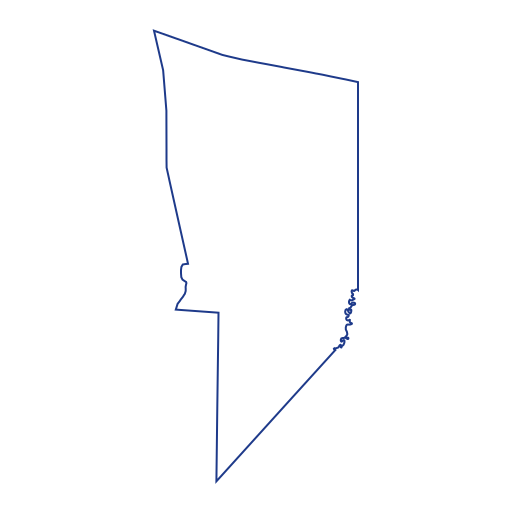 the district of Boven Digoel, Papua, Indonesia
{"feature_id": "22746128B21273779065212", "entity_name": "Boven Digoel", "entity_type": "district", "adm_level": 2, "iso_a3": "IDN", "parent_name": "Indonesia", "parent_adm1": "Papua", "projection": "equal_earth", "projection_center": [140.719, -6.154], "detail": "fine", "context": "isolated", "style": "outline", "palette": "blue", "viewbox_px": 512, "rotation_deg": 0, "n_neighbors": 0, "source": "geoboundaries", "source_scale": "gbopen_adm2", "svg_char_len": 4997}
<svg xmlns="http://www.w3.org/2000/svg" viewBox="0 0 512 512"><path d="M335.2,350.2L334.5,349.8L334.2,349.4L334.0,349.0L333.9,348.7L334.1,348.5L334.5,348.2L334.8,348.3L335.5,348.4L336.2,348.2L337.1,347.9L337.9,347.6L338.0,347.6L338.3,347.4L338.5,347.2L338.8,346.9L338.9,346.7L339.0,346.6L339.1,346.3L339.2,346.0L339.5,345.6L339.7,345.3L339.8,345.2L340.1,345.0L340.3,344.9L340.5,344.8L340.8,345.0L341.0,345.2L341.2,345.4L341.2,345.7L341.3,345.9L341.2,346.2L341.2,346.4L341.0,346.8L341.0,347.0L341.0,347.3L341.4,347.4L341.5,347.2L341.6,346.9L341.7,346.6L341.8,346.4L341.9,346.2L342.0,346.1L342.4,345.7L342.6,345.6L342.8,345.4L343.0,345.3L343.3,345.0L343.5,344.8L343.7,344.4L343.9,343.9L344.1,343.4L344.2,343.2L344.3,342.5L344.5,342.1L344.5,341.7L344.4,341.4L344.4,340.9L344.4,340.5L344.1,340.2L343.8,340.1L343.4,340.2L343.2,340.3L342.8,340.6L342.5,340.8L342.4,341.0L341.9,341.5L341.4,341.6L341.2,341.4L341.0,341.2L340.8,340.7L340.8,340.2L340.8,339.9L340.9,339.5L341.0,339.3L341.2,339.0L341.2,338.8L341.3,338.5L341.7,338.3L342.1,338.2L342.3,338.1L342.7,338.0L343.0,338.0L343.5,338.0L344.0,338.0L344.2,337.9L344.5,337.6L344.8,337.4L345.0,337.5L345.4,337.7L345.6,337.8L345.9,338.1L346.2,338.3L346.5,338.5L347.1,338.8L347.5,339.0L348.0,339.0L348.1,338.9L348.3,338.7L348.4,338.3L348.3,338.0L348.2,337.8L348.0,337.7L347.7,337.7L347.2,337.6L346.9,337.6L346.5,337.4L346.2,337.0L346.0,336.4L346.2,336.1L346.3,335.9L346.5,335.6L346.7,335.4L346.9,335.1L347.1,334.8L347.2,334.5L347.3,334.2L347.3,333.9L347.2,333.6L347.2,333.2L347.1,332.9L346.9,331.8L346.7,331.4L346.6,331.1L346.4,330.8L346.1,330.1L346.0,329.9L345.8,329.4L345.8,328.8L345.8,328.4L345.8,327.9L345.8,327.7L345.8,327.2L346.0,326.7L346.1,326.3L346.1,326.1L346.3,325.7L346.7,324.9L347.0,324.7L347.7,324.5L348.1,324.5L348.6,324.6L348.9,324.6L349.3,324.6L349.6,324.6L350.1,324.6L350.4,324.4L350.6,324.3L350.9,324.2L351.3,324.2L351.5,324.1L351.8,323.9L351.9,323.5L351.7,323.2L351.2,323.0L350.9,322.9L350.5,322.7L350.3,322.5L350.1,322.3L349.9,322.1L349.8,321.6L349.7,321.1L349.8,320.5L349.9,320.0L349.6,319.8L349.3,319.9L348.9,320.2L348.5,320.4L348.0,320.4L347.5,320.4L346.8,320.0L346.5,319.6L346.2,318.9L346.2,318.3L346.2,317.9L346.3,317.6L346.4,317.4L346.6,317.2L347.1,317.1L347.3,317.1L347.5,317.1L347.8,317.0L348.1,316.7L348.4,316.4L348.7,315.6L348.7,315.2L348.2,314.8L347.9,314.7L347.7,314.7L347.1,314.6L346.6,314.4L346.3,314.2L346.0,313.9L345.8,313.8L345.6,313.5L345.5,313.3L345.4,313.0L345.4,312.8L345.3,312.5L345.2,312.2L345.2,311.4L345.5,310.3L345.6,309.9L345.8,309.7L346.1,309.5L346.6,309.2L346.9,309.3L347.2,309.4L347.3,309.7L347.6,310.0L348.0,310.7L348.1,311.0L348.3,311.4L348.4,311.7L348.7,312.1L349.0,312.4L349.3,312.6L349.6,312.8L349.8,313.2L349.9,313.4L350.2,313.4L350.5,313.2L350.9,312.6L351.1,312.0L351.2,311.4L351.3,311.0L351.3,310.5L351.3,310.1L351.2,309.8L350.6,309.8L350.1,309.9L349.6,309.8L349.2,309.5L349.1,309.1L349.1,308.7L349.1,308.3L349.3,308.2L349.7,308.1L350.2,307.8L350.5,307.6L350.8,307.3L350.9,307.0L351.5,306.0L352.2,305.4L352.9,305.0L353.3,305.0L353.8,304.8L354.1,304.8L354.5,304.7L355.0,304.3L355.1,303.9L355.1,303.5L355.0,303.2L354.7,303.0L354.4,302.8L353.6,302.6L353.0,302.7L352.5,302.7L352.2,302.7L351.8,303.1L351.5,303.4L351.2,303.8L350.6,304.1L350.4,304.2L349.9,304.1L349.6,303.8L349.3,303.5L349.2,303.2L349.1,302.9L349.0,302.3L349.0,302.1L349.0,301.8L349.0,301.6L349.1,301.2L349.2,300.8L349.3,300.6L349.4,300.3L349.6,300.0L349.8,299.8L350.0,300.0L350.8,300.3L351.5,300.3L352.2,300.2L352.7,299.9L353.2,299.7L353.6,299.5L354.5,298.9L354.5,298.6L354.0,298.2L352.8,297.8L352.5,297.5L352.1,297.2L351.9,296.9L351.7,296.2L351.8,295.7L352.0,295.5L352.3,295.6L352.5,295.5L352.8,295.4L353.0,295.2L353.0,294.9L353.1,294.5L353.0,294.0L352.4,293.4L352.0,293.0L351.7,292.0L351.6,291.5L351.7,291.0L351.8,290.6L352.0,290.3L352.4,290.3L352.7,290.4L353.1,290.5L353.4,290.8L353.7,290.9L354.0,291.0L354.4,290.9L354.7,290.6L355.1,290.1L355.9,289.6L356.5,289.5L357.2,289.6L357.4,289.7L357.9,289.8L358.0,289.9L358.0,200.2L358.0,185.0L358.0,181.3L358.0,165.7L358.0,153.5L358.0,145.8L358.0,141.2L358.0,132.9L358.0,123.7L358.0,82.1L345.5,79.4L343.4,79.0L331.0,76.5L322.6,74.7L317.2,73.7L315.9,73.5L312.1,72.7L309.0,72.1L284.1,67.5L281.3,66.9L266.3,64.1L258.5,62.7L251.8,61.4L242.2,59.6L235.3,58.0L229.7,56.7L228.0,56.3L222.3,54.9L193.3,44.6L189.1,43.1L177.9,39.1L176.4,38.6L154.0,30.7L163.1,70.1L163.2,71.0L166.4,110.8L166.4,111.2L166.4,114.8L166.5,149.2L166.5,159.4L166.6,167.6L169.2,179.4L169.2,179.5L179.0,223.5L187.0,259.2L188.0,263.8L185.0,264.1L182.8,264.5L181.4,266.9L181.0,270.0L181.0,273.3L181.3,277.2L182.5,279.6L184.1,280.7L185.0,281.3L186.1,282.0L186.4,283.1L186.0,284.8L185.6,287.0L185.7,288.3L185.7,290.7L185.6,291.3L185.2,292.6L184.8,293.9L184.0,295.0L183.0,296.7L181.9,298.1L181.1,299.1L180.9,299.3L179.8,301.0L177.6,303.8L175.8,309.6L218.5,312.7L218.2,339.6L218.2,339.8L217.9,361.8L217.3,406.8L216.7,457.2L216.4,481.3L288.0,402.2L292.8,396.9L334.8,350.6L335.2,350.2Z" fill="none" stroke="#1e3a8a" stroke-width="2"/></svg>